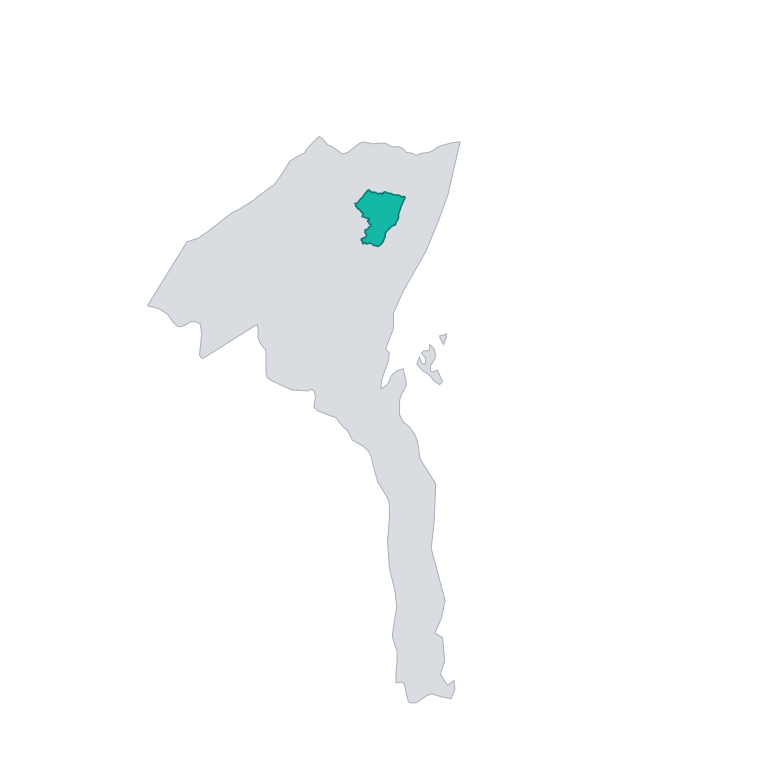 Nakfa, Semenawi Keyih Bahri, Eritrea (highlighted), rotated 37°
{"feature_id": "51966322B11242853993597", "entity_name": "Nakfa", "entity_type": "district", "adm_level": 2, "iso_a3": "ERI", "parent_name": "Eritrea", "parent_adm1": "Semenawi Keyih Bahri", "projection": "natural_earth1", "projection_center": [38.262, 16.728], "detail": "fine", "context": "in_parent", "style": "filled", "palette": "teal", "viewbox_px": 768, "rotation_deg": 37, "n_neighbors": 0, "source": "geoboundaries", "source_scale": "gbopen_adm2", "svg_char_len": 7794}
<svg xmlns="http://www.w3.org/2000/svg" viewBox="0 0 768 768"><g transform="rotate(37 384 384)"><path d="M148.0,463.5L145.7,439.1L144.2,422.7L142.6,405.4L141.1,389.1L148.0,379.1L151.2,369.6L159.5,338.6L162.8,332.5L169.2,315.9L170.1,311.1L176.5,290.2L176.0,276.3L174.7,262.3L178.2,253.9L181.3,247.3L181.1,241.7L182.5,228.6L183.5,225.3L187.3,225.1L195.1,226.8L200.9,225.5L207.5,225.5L212.6,225.1L215.6,221.1L219.8,205.8L222.5,202.8L224.5,201.8L230.4,199.0L235.4,194.6L239.4,191.4L240.9,190.7L245.3,190.3L249.6,188.5L251.5,186.3L257.0,184.6L262.3,185.6L265.9,183.7L268.2,182.5L271.0,182.4L273.4,180.6L274.4,177.9L276.1,176.2L280.2,172.2L282.1,169.3L283.0,166.4L283.8,164.1L285.6,160.3L292.9,150.5L299.1,144.9L321.0,194.0L329.9,223.1L337.7,253.4L343.5,298.9L349.1,322.1L358.0,333.5L364.2,355.1L369.4,355.9L373.2,361.9L379.7,382.2L384.4,389.7L386.9,383.2L386.6,379.5L384.8,373.2L386.4,365.2L390.1,360.4L398.4,366.9L402.9,371.9L404.2,381.9L406.1,387.4L414.8,399.1L422.1,402.5L431.6,403.4L439.6,406.0L446.0,410.3L458.0,422.2L485.4,432.6L507.5,464.6L520.5,486.7L563.2,520.3L570.7,536.4L574.6,552.2L583.6,551.4L599.0,568.6L603.6,581.7L616.2,586.5L618.3,578.7L624.4,585.1L626.9,595.0L618.9,598.9L610.0,602.4L608.7,602.2L605.8,606.8L601.6,619.2L597.0,622.8L594.6,623.1L580.7,611.5L578.5,610.9L575.5,613.1L573.3,615.5L566.9,606.7L562.1,598.9L555.5,589.6L549.1,585.4L542.2,580.2L535.4,568.0L528.5,554.6L518.3,543.6L499.2,527.8L481.7,507.7L468.3,486.7L459.7,475.8L456.0,473.0L438.2,466.2L425.7,456.6L416.2,448.7L410.3,446.6L404.6,446.3L392.5,447.9L382.4,442.9L378.2,442.9L371.4,441.5L366.1,439.7L359.9,441.8L347.2,445.3L341.9,444.6L339.1,439.6L337.4,435.9L332.9,431.9L329.3,431.9L327.3,435.4L313.9,444.3L291.6,449.2L286.3,448.9L282.4,445.3L271.1,430.1L267.9,427.6L265.4,427.4L260.1,425.6L255.2,422.7L251.0,416.4L246.7,412.9L242.0,425.1L233.9,446.5L229.6,457.9L223.9,472.6L222.2,473.1L219.3,472.0L208.2,453.7L201.2,446.7L196.0,447.4L192.1,450.8L189.7,456.9L187.1,460.7L184.3,462.2L178.2,461.5L168.9,458.5L159.2,459.2L149.3,463.4L148.0,463.5ZM410.1,341.2L413.1,345.7L415.2,345.3L416.8,343.8L418.0,340.6L429.4,346.9L428.8,351.1L422.0,351.3L414.1,349.5L406.8,350.1L398.1,348.3L396.1,341.2L401.6,344.6L404.5,343.8L405.0,342.8L401.0,338.0L395.5,337.1L395.9,333.3L398.4,331.8L399.9,330.0L396.7,324.8L402.9,325.9L406.9,329.1L409.4,332.8L410.1,341.2ZM405.3,308.3L407.8,316.6L400.7,313.4L399.5,311.7L402.6,308.5L403.3,306.5L405.3,308.3Z" fill="#d9dde1" stroke="#a8b0b8" stroke-width="1"/><path d="M254.4,244.9L254.3,245.7L254.2,246.4L254.3,247.0L254.4,248.0L254.3,248.6L254.4,249.0L254.2,249.4L254.2,249.7L253.9,250.0L253.9,250.4L253.9,252.6L253.8,253.2L253.8,254.1L253.7,255.3L253.7,255.5L253.7,255.8L253.6,256.0L253.4,256.3L253.0,256.7L252.6,257.0L252.3,257.0L252.2,257.3L252.3,257.3L252.6,257.4L252.9,257.4L253.4,257.8L253.7,258.2L253.8,258.2L254.0,258.6L254.2,259.0L254.3,259.2L254.5,259.2L254.9,259.0L255.1,258.9L255.8,259.0L256.0,259.2L256.3,259.3L256.8,259.6L257.2,259.5L257.7,259.6L257.9,259.6L258.2,259.6L258.4,259.4L258.5,259.7L258.8,259.5L259.5,259.4L259.9,259.4L260.2,259.5L261.0,260.0L261.8,260.3L262.1,260.2L262.6,259.8L262.8,259.8L263.1,260.4L263.3,260.6L263.7,260.6L264.2,260.4L264.5,260.4L264.9,260.5L265.1,260.6L265.5,261.2L265.5,261.5L265.4,261.7L265.5,262.2L265.5,262.5L265.3,262.8L265.3,263.0L265.5,263.3L265.8,263.4L266.0,263.4L266.5,263.2L267.1,262.9L267.4,262.7L267.7,262.6L268.2,262.6L268.7,262.4L269.0,262.2L269.7,262.3L270.1,262.1L270.5,261.8L270.9,261.5L271.2,261.3L271.6,261.2L271.9,261.1L272.3,261.1L272.6,261.0L273.2,261.0L273.2,261.5L273.1,261.9L273.0,262.2L272.7,262.8L272.6,263.2L272.7,263.5L273.1,264.0L273.3,264.1L273.4,263.9L273.6,263.7L273.9,263.7L275.0,264.3L275.4,264.6L275.7,264.7L275.9,265.0L276.5,265.0L276.9,265.0L277.2,264.6L277.4,264.5L277.7,264.4L277.9,264.6L278.3,265.1L278.5,265.7L278.5,265.9L278.4,266.4L278.0,266.8L277.7,267.4L277.5,268.0L277.4,268.5L277.7,269.2L277.9,269.8L277.9,270.5L277.7,270.7L277.2,271.1L277.0,271.4L276.7,271.5L276.4,271.7L276.3,272.1L276.5,272.9L276.7,273.2L276.9,273.5L277.3,274.1L277.7,274.5L277.8,274.6L278.1,274.6L278.5,274.8L279.1,274.9L279.5,275.1L279.9,275.4L280.3,275.2L280.5,275.2L280.6,276.1L280.8,276.6L281.0,277.3L281.0,277.9L280.8,278.4L280.7,278.4L280.4,278.9L280.1,279.2L279.9,279.4L279.6,279.8L279.5,280.1L279.2,280.4L278.8,281.2L278.7,281.6L278.8,282.0L279.0,282.5L279.4,282.8L279.4,282.7L279.7,282.5L280.0,282.3L280.1,282.5L280.3,283.0L280.8,283.2L281.8,283.6L282.1,284.0L282.3,284.4L282.4,284.9L282.5,284.9L283.0,284.5L283.0,284.0L283.1,283.7L283.3,283.4L283.6,283.3L283.7,283.2L283.6,282.7L283.8,282.5L283.9,282.4L284.1,282.4L284.3,282.6L284.6,282.6L284.9,282.8L285.0,282.8L285.2,282.6L285.4,282.3L285.6,282.4L285.9,282.6L286.0,282.5L286.1,282.4L286.4,281.9L287.0,281.4L287.0,281.2L287.1,280.8L287.3,280.5L288.0,279.8L288.3,279.5L288.5,279.5L289.3,279.5L289.6,279.4L289.8,279.4L290.2,279.4L290.6,279.3L290.8,279.4L291.3,279.6L291.6,279.6L292.4,279.5L292.8,279.1L294.0,278.7L294.3,278.5L294.5,278.4L294.8,278.3L295.1,278.2L295.4,278.1L295.8,278.2L296.0,278.1L296.3,277.5L296.9,276.7L297.3,275.7L297.5,274.9L297.6,274.2L297.5,273.6L297.7,273.0L297.7,271.8L297.7,271.6L297.6,270.9L297.4,270.6L297.2,269.2L297.1,268.8L296.9,268.2L296.7,267.7L296.6,267.3L296.6,266.8L296.6,266.5L296.5,266.4L296.4,266.2L296.2,266.0L296.0,265.6L296.0,265.4L295.7,265.1L295.6,264.6L295.4,264.3L295.1,263.9L294.9,263.7L294.7,263.7L294.4,263.1L294.3,262.8L294.3,262.5L294.4,260.7L294.3,259.8L294.4,258.9L294.5,258.1L294.9,257.1L294.9,256.9L294.8,256.7L294.9,256.2L295.0,255.6L295.0,255.0L295.1,254.7L295.1,253.9L295.4,253.2L295.8,252.4L296.6,251.0L296.8,250.5L297.0,250.4L297.3,250.3L297.4,250.2L297.3,249.9L297.2,249.8L297.1,249.7L297.0,249.4L296.9,249.1L296.7,248.8L296.5,248.0L296.3,247.1L296.2,244.5L296.0,243.9L295.8,243.2L295.6,242.6L295.4,242.2L295.0,241.7L294.8,241.4L294.6,241.3L294.2,240.9L293.9,240.5L293.7,240.2L293.5,239.2L293.2,238.7L292.9,238.2L292.5,237.2L292.1,235.6L291.6,234.1L291.5,233.7L291.4,233.5L291.2,233.2L291.0,232.8L290.9,232.3L290.7,231.4L290.5,230.0L289.8,228.0L289.6,227.6L289.5,227.1L289.5,226.4L289.1,224.5L289.1,223.7L288.9,223.1L288.4,222.5L288.3,222.2L288.0,222.1L287.7,222.0L287.4,222.2L287.1,222.2L286.9,222.3L286.7,222.5L286.5,222.9L286.1,223.1L285.7,223.8L285.5,224.2L285.3,224.3L285.0,224.4L284.8,224.5L284.7,224.5L284.5,224.3L284.3,224.2L284.0,224.1L283.8,224.0L283.6,223.9L283.4,224.0L282.8,224.0L282.3,224.3L282.0,224.5L281.6,224.7L281.0,224.9L280.8,225.1L280.6,225.1L280.4,225.2L278.9,226.5L277.9,226.9L277.7,227.0L277.3,227.2L277.0,227.4L276.7,227.3L276.3,227.5L275.8,227.5L275.3,227.7L274.8,227.7L274.6,227.8L274.3,227.9L274.1,228.3L273.7,228.5L273.1,228.8L272.9,228.9L272.6,228.9L272.5,229.1L272.4,229.4L272.2,229.5L271.7,229.4L271.6,229.6L271.4,229.6L271.2,229.4L271.1,229.5L270.7,229.5L270.1,229.7L269.8,229.7L269.4,229.9L268.9,230.2L268.6,230.4L268.5,230.5L268.5,230.9L268.6,231.3L268.6,231.6L268.5,232.0L268.8,232.3L268.6,232.6L268.5,233.3L268.4,233.4L268.0,233.0L267.8,232.7L267.7,232.6L267.5,232.8L267.5,233.0L267.3,233.4L267.0,233.8L266.8,233.9L266.6,233.8L265.9,234.1L265.9,234.4L265.9,234.6L265.8,234.8L265.7,234.8L265.5,235.0L265.4,235.1L265.1,235.2L264.8,235.3L264.6,235.7L264.2,236.1L263.7,236.1L263.1,236.0L262.7,236.1L262.3,235.9L262.2,236.0L261.8,236.2L261.6,236.3L261.3,236.4L261.0,236.5L260.8,236.5L260.2,237.5L259.7,237.7L259.3,237.7L259.0,238.0L258.7,238.3L258.4,238.4L258.0,238.2L257.9,238.1L257.6,238.1L257.4,238.1L257.3,238.3L257.2,238.4L256.6,238.6L256.6,238.4L256.5,238.2L256.2,238.3L255.9,238.3L255.5,238.3L255.4,238.1L255.0,238.2L254.9,238.4L254.7,238.4L254.6,238.5L254.5,239.3L254.3,240.2L254.4,240.7L254.4,241.3L254.3,242.0L254.4,242.4L254.3,242.8L254.3,243.1L254.1,243.3L254.3,244.3L254.3,244.6L254.4,244.9Z" fill="#14b8a6" stroke="#0f766e" stroke-width="1.5"/></g></svg>